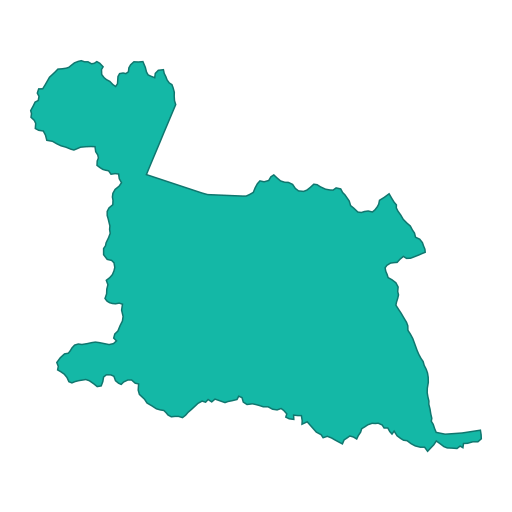 outline of Mimoso do Sul, Espírito Santo, Brazil
{"feature_id": "56859067B70234229782601", "entity_name": "Mimoso do Sul", "entity_type": "district", "adm_level": 2, "iso_a3": "BRA", "parent_name": "Brazil", "parent_adm1": "Espírito Santo", "projection": "mercator", "projection_center": [-41.385, -21.065], "detail": "fine", "context": "isolated", "style": "filled", "palette": "teal", "viewbox_px": 512, "rotation_deg": 0, "n_neighbors": 0, "source": "geoboundaries", "source_scale": "gbopen_adm2", "svg_char_len": 5092}
<svg xmlns="http://www.w3.org/2000/svg" viewBox="0 0 512 512"><path d="M38.7,88.9L37.3,93.1L39.0,96.4L38.2,100.5L35.1,102.1L33.2,106.0L30.7,110.6L31.5,113.7L31.0,117.3L34.3,120.4L35.7,123.4L35.3,128.5L38.7,130.3L43.3,131.0L45.5,135.2L46.8,140.3L52.5,141.3L56.8,143.8L61.0,145.8L66.0,147.2L70.9,149.2L73.9,150.0L76.6,148.9L80.5,147.2L85.8,146.7L91.0,146.5L95.0,146.7L95.7,151.7L97.8,155.0L98.4,158.0L97.2,161.0L97.0,165.4L100.1,167.7L102.8,169.4L105.5,170.2L108.6,170.8L111.0,174.2L115.2,173.6L118.6,174.0L119.3,178.8L121.5,182.7L119.1,186.2L115.1,189.4L112.9,193.3L112.4,197.0L113.0,200.3L112.8,204.7L109.0,207.9L107.2,211.4L107.2,215.5L108.2,218.9L109.1,222.7L109.9,225.9L109.6,229.4L110.2,233.3L108.6,237.6L106.1,242.8L105.5,245.8L103.6,248.5L103.6,254.7L107.2,259.4L111.6,260.4L114.0,262.8L114.8,267.4L114.0,270.8L112.4,274.6L109.8,277.6L106.3,280.3L107.9,284.7L106.8,289.1L106.6,293.9L105.0,298.5L107.1,301.2L109.6,302.7L112.4,303.5L115.5,303.8L119.2,303.1L122.5,304.2L121.6,310.1L123.1,316.5L122.4,321.1L120.2,325.4L117.9,331.0L114.8,334.0L113.7,338.1L116.5,340.9L113.5,343.6L109.1,344.6L104.2,343.6L99.2,342.6L95.4,342.1L91.9,342.6L87.4,343.6L81.9,344.5L78.3,344.0L74.6,345.1L72.0,347.9L70.3,350.7L68.4,353.2L64.5,353.9L60.4,357.6L56.8,362.5L58.3,366.4L57.6,369.9L60.6,371.6L64.2,374.1L67.0,377.5L68.9,381.7L71.9,382.9L75.0,381.6L78.5,380.7L81.5,380.2L85.8,379.5L89.3,380.7L93.9,383.9L97.2,386.6L101.2,385.9L102.8,381.6L103.6,377.0L106.4,374.8L110.9,374.9L113.9,376.3L115.5,380.7L118.5,383.2L121.2,384.4L123.6,382.0L127.8,380.0L131.6,380.0L135.2,383.2L138.6,383.9L138.2,390.1L139.4,394.4L144.5,399.2L147.0,403.0L151.8,405.8L156.4,408.8L160.3,409.9L163.9,410.5L166.1,412.7L168.0,415.0L171.3,416.8L174.9,416.4L178.6,416.4L182.5,417.6L185.6,415.2L188.0,412.4L191.6,409.3L195.6,405.6L197.9,403.4L202.1,401.1L205.6,402.2L208.1,399.5L211.7,401.9L215.0,399.1L218.5,400.3L225.0,402.6L228.0,401.5L232.1,400.7L237.0,399.5L238.7,396.2L242.0,397.6L243.3,402.1L247.0,404.5L252.5,403.8L256.1,404.6L259.4,405.5L263.3,406.8L268.1,406.8L272.5,409.2L277.1,409.9L281.1,408.5L283.8,410.5L286.8,413.9L285.8,417.1L289.2,418.8L293.8,419.4L293.6,415.1L297.9,415.6L301.4,415.6L302.2,420.8L302.0,424.2L307.2,421.8L310.2,425.2L316.3,432.1L321.1,434.7L323.1,437.7L327.3,436.3L331.6,438.0L334.5,439.7L338.0,441.6L342.4,443.9L344.1,439.9L347.0,438.0L349.8,436.0L353.4,437.0L356.7,439.0L358.3,435.6L360.6,432.2L361.7,428.7L365.0,426.7L367.8,424.8L372.1,423.3L375.3,423.5L378.2,423.2L382.2,425.0L384.1,428.0L387.8,428.0L389.8,431.6L392.0,434.1L394.1,431.1L397.1,435.8L400.7,438.5L403.5,440.2L407.1,440.7L411.1,443.7L415.2,445.9L420.3,447.2L424.6,447.2L427.6,451.3L430.8,447.9L433.7,444.9L436.3,441.0L440.1,443.7L443.9,446.6L447.2,447.9L451.9,448.1L457.0,448.5L460.1,446.1L462.9,447.7L463.5,443.5L467.5,443.3L472.8,441.8L477.9,441.8L481.3,438.8L481.1,434.7L480.4,430.2L462.1,433.0L445.2,434.2L441.2,433.4L436.2,432.4L434.6,428.6L433.2,424.3L431.3,421.3L431.8,418.3L430.8,414.1L430.0,409.1L428.8,404.3L428.9,401.1L427.9,396.9L427.2,392.7L427.3,388.3L428.3,382.4L428.2,377.4L427.5,373.0L426.2,369.3L424.2,365.4L423.1,361.5L420.9,358.3L418.8,354.4L417.1,350.5L415.7,346.6L414.4,343.0L412.7,338.4L410.3,334.0L407.9,330.3L407.8,325.8L406.5,322.3L404.8,319.5L403.2,316.8L401.1,313.2L398.5,309.3L395.9,305.2L396.5,302.1L397.7,298.3L398.5,294.9L397.7,291.6L398.1,287.0L395.9,282.8L392.0,279.8L388.1,277.6L387.1,274.4L385.8,271.4L385.1,267.8L386.9,265.3L390.5,263.1L394.2,262.6L397.1,262.4L399.9,259.3L403.4,256.4L406.5,258.4L410.6,258.2L415.0,256.5L418.8,255.0L422.4,253.4L425.2,252.3L424.9,249.2L423.6,246.1L422.4,242.6L419.7,239.2L415.5,237.2L414.5,233.1L412.3,229.8L410.3,226.0L406.8,223.0L403.2,219.3L400.7,215.0L397.9,211.1L396.3,207.9L396.4,204.9L394.1,202.2L391.7,198.3L389.1,193.8L384.2,197.4L379.5,200.3L378.7,204.2L377.3,206.8L374.9,209.9L372.4,212.0L368.2,211.0L364.5,211.5L361.4,212.5L357.9,212.1L353.7,208.1L350.6,205.6L349.2,201.0L346.7,197.4L344.9,194.8L342.6,192.5L340.7,188.9L336.1,187.9L333.1,190.1L330.1,190.0L325.5,189.2L320.4,186.8L317.1,184.7L313.8,184.2L310.2,187.5L306.9,190.1L303.6,191.4L298.5,190.9L295.3,188.4L292.6,184.4L288.4,182.4L284.8,182.3L280.5,180.9L277.1,178.0L273.8,174.9L270.9,176.8L268.7,180.5L264.1,181.8L259.9,180.9L257.4,183.7L255.2,187.7L253.3,192.4L249.6,194.5L246.1,196.1L243.1,196.1L207.6,194.6L201.9,193.0L146.4,174.6L148.3,169.9L153.1,158.4L160.3,141.3L161.7,137.9L163.5,133.5L167.1,125.0L175.7,104.6L174.5,100.7L174.2,96.2L174.3,92.3L173.1,87.8L171.9,84.6L169.3,83.0L167.1,80.0L165.8,76.6L164.2,73.4L163.4,69.7L158.3,70.3L155.3,73.4L154.7,77.7L150.8,76.2L148.1,74.9L146.5,72.0L145.3,67.3L142.9,61.6L138.3,62.0L133.9,61.8L130.6,64.8L128.9,67.8L128.4,71.8L125.9,73.6L123.1,73.0L119.6,73.6L118.0,76.5L117.7,80.7L117.5,83.8L115.6,86.5L112.9,84.6L109.8,81.4L106.4,79.6L104.1,77.7L101.7,74.5L101.5,69.5L103.1,66.8L99.7,63.2L96.8,61.6L94.3,63.3L91.5,63.8L88.0,61.8L84.5,61.8L81.3,60.7L78.2,61.4L74.4,62.9L71.2,65.4L68.9,67.3L66.2,68.2L62.0,68.8L57.9,69.1L55.0,72.1L52.1,74.8L49.5,77.2L47.7,80.4L45.0,85.1L42.7,88.8L38.7,88.9Z" fill="#14b8a6" stroke="#0f766e" stroke-width="1.5"/></svg>